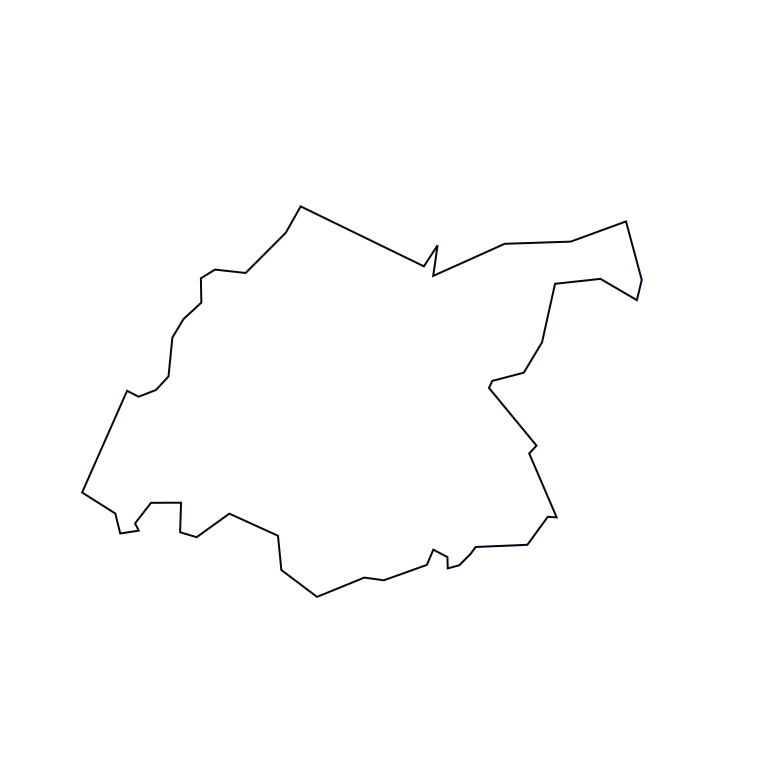 Baliet, Upper Nile, South Sudan, rotated 211°
{"feature_id": "79223893B13684678916358", "entity_name": "Baliet", "entity_type": "district", "adm_level": 2, "iso_a3": "SSD", "parent_name": "South Sudan", "parent_adm1": "Upper Nile", "projection": "robinson", "projection_center": [32.373, 9.407], "detail": "fine", "context": "isolated", "style": "outline", "palette": "ink", "viewbox_px": 768, "rotation_deg": 211, "n_neighbors": 0, "source": "geoboundaries", "source_scale": "gbopen_adm2", "svg_char_len": 826}
<svg xmlns="http://www.w3.org/2000/svg" viewBox="0 0 768 768"><g transform="rotate(211 384 384)"><path d="M409.5,530.5L410.4,505.4L529.1,494.9L546.9,493.3L546.1,463.1L559.8,407.9L587.8,395.0L595.4,380.3L582.5,359.7L589.3,336.4L589.3,314.8L572.6,279.5L576.4,261.4L587.8,246.7L600.7,245.8L586.9,135.5L547.6,134.6L533.1,120.0L518.7,132.0L525.6,136.3L522.5,162.2L496.8,177.7L482.4,151.9L465.7,156.2L449.8,193.2L396.7,199.3L376.2,171.7L331.8,167.0L301.2,207.9L283.0,215.7L254.1,251.0L256.4,267.4L240.5,268.3L234.4,258.8L226.1,267.4L222.3,282.9L221.5,291.5L178.3,320.0L175.2,354.5L167.3,358.6L223.8,399.3L221.5,409.7L292.0,434.7L292.8,442.4L270.0,465.7L270.0,501.1L289.0,558.0L252.6,585.6L210.4,586.1L216.7,606.0L260.3,648.0L297.3,602.2L352.8,566.3L397.5,502.0L409.5,530.5Z" fill="none" stroke="#020617" stroke-width="2"/></g></svg>